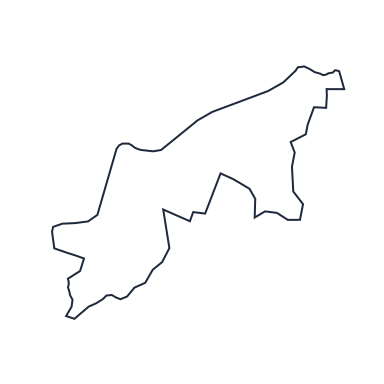 the Municipality of Valkas, rotated 281°
{"feature_id": "LVA-1077", "entity_name": "Valkas", "entity_type": "Municipality", "adm_level": 1, "iso_a3": "LVA", "parent_name": "Latvia", "parent_adm1": "", "projection": "orthographic", "projection_center": [25.917, 57.711], "detail": "fine", "context": "isolated", "style": "outline", "palette": "slate", "viewbox_px": 384, "rotation_deg": 281, "n_neighbors": 0, "source": "natural_earth", "source_scale": "10m", "svg_char_len": 1180}
<svg xmlns="http://www.w3.org/2000/svg" viewBox="0 0 384 384"><g transform="rotate(281 192 192)"><path d="M126.3,62.2L131.3,62.3L136.2,70.9L139.2,83.3L143.3,95.6L151.5,103.5L220.1,109.7L223.9,111.6L226.3,114.6L227.4,120.5L226.3,124.1L224.4,127.8L223.5,133.4L224.5,146.0L227.3,153.6L263.5,183.9L274.5,196.6L305.7,247.5L317.0,260.7L330.6,270.4L334.8,272.2L335.3,274.6L336.7,278.0L335.2,284.0L333.1,289.5L332.6,295.4L331.7,298.2L332.7,301.0L334.5,303.2L336.1,307.4L338.8,309.2L338.9,311.7L338.5,313.5L322.0,321.8L318.7,304.5L312.3,306.0L300.2,307.6L298.5,295.6L280.1,292.7L270.4,292.7L259.9,279.3L250.3,285.3L235.9,285.3L211.8,291.3L201.3,303.3L185.3,303.3L182.9,291.4L187.7,279.4L186.9,267.4L178.9,258.4L197.3,255.4L206.1,247.9L212.5,230.0L215.7,216.5L173.3,209.0L172.5,197.0L162.9,195.5L169.3,167.1L132.6,180.5L117.4,176.0L108.2,168.3L93.9,163.4L87.2,153.8L77.0,148.2L73.1,142.2L73.9,137.8L75.6,132.9L74.0,127.7L69.8,124.9L64.5,119.2L59.7,112.4L45.1,100.8L46.2,92.1L56.5,95.7L63.4,95.3L67.6,91.9L71.3,90.4L74.6,88.5L77.7,88.6L80.3,88.1L83.2,86.7L93.1,97.2L106.1,98.7L107.5,89.6L108.5,80.9L110.4,67.6L122.7,63.4L126.3,62.2Z" fill="none" stroke="#1e293b" stroke-width="2"/></g></svg>